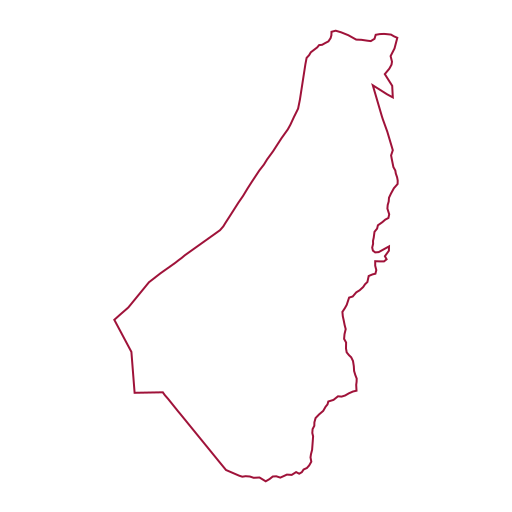 Santa Inês, Maranhão, Brazil
{"feature_id": "56859067B15720023734986", "entity_name": "Santa Inês", "entity_type": "district", "adm_level": 2, "iso_a3": "BRA", "parent_name": "Brazil", "parent_adm1": "Maranhão", "projection": "mercator", "projection_center": [-45.394, -3.853], "detail": "fine", "context": "isolated", "style": "outline", "palette": "rose", "viewbox_px": 512, "rotation_deg": 0, "n_neighbors": 0, "source": "geoboundaries", "source_scale": "gbopen_adm2", "svg_char_len": 2451}
<svg xmlns="http://www.w3.org/2000/svg" viewBox="0 0 512 512"><path d="M291.7,474.9L296.1,472.1L299.2,473.7L301.8,472.2L303.6,469.5L306.9,468.0L309.2,465.4L311.3,461.7L310.5,457.4L311.0,454.1L312.1,449.8L312.7,441.9L313.1,436.3L312.3,433.0L312.6,429.1L314.3,425.8L314.4,422.3L315.6,418.0L319.1,414.4L323.2,410.9L325.6,406.7L327.5,404.4L328.3,401.5L333.5,399.9L338.0,396.3L341.6,396.6L345.1,395.5L348.9,393.3L353.0,391.5L356.5,390.7L356.2,384.8L356.6,381.8L356.7,378.6L355.3,375.0L354.1,371.0L353.8,366.1L353.0,361.0L351.2,357.3L349.0,355.2L346.7,352.4L346.0,348.5L346.1,342.5L344.1,338.9L344.5,334.2L345.7,329.1L344.6,324.9L343.8,320.8L342.8,316.2L342.4,311.9L344.9,308.1L346.7,304.9L349.1,297.6L352.7,296.5L356.3,292.3L359.6,290.3L363.2,287.0L365.0,284.3L367.4,282.0L368.7,276.0L372.5,274.4L375.4,273.7L376.3,270.1L375.2,265.7L375.2,261.2L380.2,261.4L384.0,261.4L386.6,259.3L384.9,256.2L388.9,250.7L389.0,246.4L382.7,249.9L378.7,252.1L375.2,252.4L372.9,250.6L372.2,247.6L373.1,243.8L373.0,240.9L373.7,237.8L374.5,231.8L377.1,228.6L377.9,225.3L382.3,222.2L385.3,219.6L388.4,218.0L389.2,214.3L387.4,208.6L387.7,205.0L388.7,201.5L389.0,197.7L391.0,193.5L393.9,188.2L397.6,184.0L397.7,180.5L397.1,177.3L395.8,173.5L395.3,170.5L393.4,167.1L391.7,158.7L391.1,155.4L392.8,150.2L387.3,131.7L382.8,119.2L381.9,116.4L372.8,85.3L386.9,94.2L392.8,97.4L392.2,85.8L384.8,74.1L389.3,68.7L391.5,64.7L392.0,61.7L390.6,56.1L392.9,51.6L394.5,48.5L397.3,37.8L393.9,36.3L391.0,34.6L387.3,34.2L384.0,33.9L379.7,34.1L375.7,34.8L374.5,38.8L370.8,41.1L367.4,40.7L361.4,39.8L356.2,39.6L348.3,35.2L341.1,32.3L335.7,30.7L331.5,31.8L331.4,35.2L330.6,38.1L328.4,41.4L325.1,43.1L322.1,44.8L319.1,45.1L317.2,47.4L313.8,50.0L310.8,52.3L309.1,55.2L306.6,57.9L305.4,64.2L299.9,99.7L298.1,108.6L295.8,113.3L294.0,116.9L290.4,124.7L287.8,129.4L284.5,134.0L281.5,138.2L275.8,147.0L273.1,151.2L267.1,159.4L263.9,164.6L259.3,170.5L251.9,181.7L247.6,188.4L243.0,196.0L238.5,202.5L229.7,216.3L225.5,222.8L223.3,226.4L220.0,230.2L184.8,255.3L181.6,258.0L178.6,260.2L175.3,262.8L160.6,273.2L149.0,282.2L128.3,307.5L120.7,314.1L114.3,319.8L131.4,351.9L134.6,392.8L151.5,392.5L162.8,392.3L164.8,395.1L168.2,399.0L170.2,401.5L177.9,411.1L180.0,413.6L219.5,462.1L226.0,470.0L239.2,475.7L242.3,476.7L245.6,476.2L249.8,476.5L253.7,477.8L259.5,477.5L265.7,481.3L269.5,479.1L272.8,476.5L276.3,476.3L280.3,477.6L283.9,476.0L286.9,474.6L291.7,474.9Z" fill="none" stroke="#9f1239" stroke-width="2"/></svg>